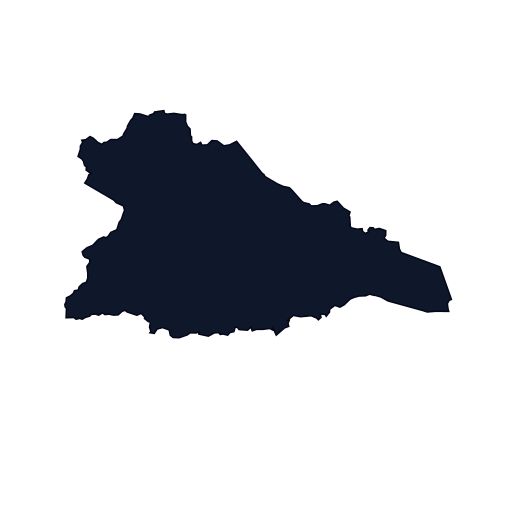 the district of Yauco, Puerto Rico, rotated 287°
{"feature_id": "32010507B94179162407819", "entity_name": "Yauco", "entity_type": "district", "adm_level": 2, "iso_a3": "PRI", "parent_name": "Puerto Rico", "parent_adm1": "", "projection": "mercator", "projection_center": [-66.863, 18.063], "detail": "fine", "context": "isolated", "style": "filled", "palette": "ink", "viewbox_px": 512, "rotation_deg": 287, "n_neighbors": 0, "source": "geoboundaries", "source_scale": "gbopen_adm2", "svg_char_len": 2987}
<svg xmlns="http://www.w3.org/2000/svg" viewBox="0 0 512 512"><g transform="rotate(287 256 256)"><path d="M141.4,92.4L143.9,99.9L142.9,102.4L144.8,105.7L144.7,108.3L147.5,110.9L149.8,114.5L152.0,115.6L153.5,119.5L153.4,122.9L156.7,125.8L155.8,128.7L157.4,132.4L157.8,137.1L159.4,141.4L163.9,144.1L165.8,146.7L164.8,148.9L164.5,159.3L167.5,163.0L165.1,167.5L163.6,167.6L161.7,172.4L162.1,174.3L156.8,175.0L153.0,177.6L151.6,177.0L152.2,181.4L153.1,181.6L157.2,182.8L160.2,187.5L159.9,194.6L155.2,197.2L153.8,200.6L155.4,206.5L160.4,213.3L163.2,215.5L164.9,221.3L166.7,223.6L164.6,224.1L165.4,233.9L170.2,238.6L171.8,242.6L170.5,244.7L171.7,247.3L172.0,252.1L175.1,253.4L177.2,257.0L181.7,256.9L182.3,259.0L180.7,261.4L182.6,269.7L186.5,271.9L183.3,274.3L185.9,277.8L187.7,283.7L190.7,290.3L190.1,293.7L192.1,293.4L186.2,298.5L195.5,304.3L198.3,307.9L200.9,306.3L204.2,306.6L203.8,305.0L210.1,309.1L210.9,316.3L215.0,326.3L214.4,332.1L213.2,334.3L216.3,336.1L219.4,334.5L220.3,339.3L218.9,340.8L223.8,342.7L226.5,342.0L230.4,344.8L231.7,345.6L231.8,348.2L231.6,351.2L235.2,354.7L241.6,358.2L242.7,359.0L245.3,362.2L247.8,366.2L250.0,372.5L252.7,375.8L252.9,380.6L253.2,381.1L253.3,387.3L251.6,395.3L252.6,431.9L252.5,436.1L255.5,443.6L259.4,456.5L261.8,455.0L265.6,453.3L266.4,452.9L270.1,453.7L271.6,455.6L299.4,435.0L301.6,397.4L301.8,393.8L304.6,391.1L310.7,388.2L308.6,377.6L310.6,373.2L313.7,374.0L318.2,372.7L318.4,365.8L316.0,361.4L317.3,359.9L316.5,356.7L313.5,355.5L312.0,356.6L309.5,353.8L310.7,350.8L313.2,349.5L311.3,345.0L310.8,339.0L311.7,337.6L320.6,334.3L321.9,333.0L325.6,333.1L327.4,325.6L332.1,317.6L330.2,314.6L326.1,311.7L326.1,306.5L325.3,304.1L322.1,300.1L320.0,294.1L321.4,291.6L321.0,286.0L321.7,283.9L329.9,270.3L331.1,267.8L330.5,261.6L331.3,255.1L334.6,241.4L336.1,240.0L337.1,237.4L339.9,233.3L347.7,222.0L348.7,220.5L360.0,203.9L354.6,198.3L352.0,193.0L354.7,185.3L353.5,180.0L348.1,177.0L346.2,171.9L348.5,169.8L345.5,167.0L345.0,163.0L347.2,160.8L351.1,159.6L351.9,158.1L358.2,155.8L360.1,152.4L363.7,149.5L370.4,147.5L370.6,146.0L369.7,144.7L368.4,135.8L365.7,129.5L365.7,126.7L368.1,125.4L364.1,116.9L362.2,116.4L359.7,113.1L357.9,112.5L357.9,103.3L356.7,98.3L352.0,97.9L349.0,96.5L342.7,95.1L340.6,95.4L334.0,93.7L332.0,93.8L326.9,89.5L324.9,83.0L321.1,80.0L320.2,77.5L317.7,75.9L318.4,71.6L321.1,65.9L321.7,62.3L317.5,59.2L315.8,55.5L314.1,57.0L309.7,55.9L306.8,56.8L299.2,56.7L297.9,61.1L296.3,63.2L292.4,65.6L291.8,67.7L288.5,68.4L286.5,74.3L284.9,72.4L280.2,72.2L275.7,70.9L267.9,103.7L266.1,106.7L265.1,114.6L261.0,117.0L259.0,116.7L251.4,116.5L248.3,115.3L240.4,115.2L236.1,110.2L231.5,108.8L229.7,107.2L229.6,104.6L225.8,100.4L218.4,96.7L214.6,92.0L209.3,88.5L206.1,90.5L204.8,92.6L204.4,97.8L201.3,98.9L196.5,97.3L190.2,100.2L185.9,101.5L181.4,101.5L179.0,98.3L174.9,95.9L171.4,95.9L169.8,92.6L166.6,92.1L163.5,90.0L160.6,86.9L156.3,87.8L153.9,87.3L151.5,88.4L150.4,90.1L141.4,92.4Z" fill="#0f172a" stroke="#020617" stroke-width="1.5"/></g></svg>